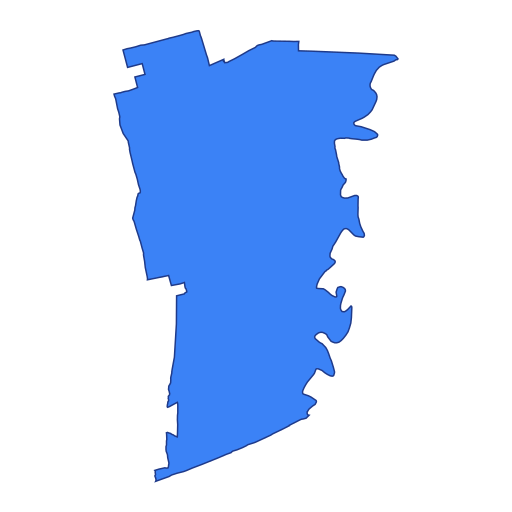 the district of Lunca Banului, Vaslui, Romania
{"feature_id": "2599482B76490763742626", "entity_name": "Lunca Banului", "entity_type": "district", "adm_level": 2, "iso_a3": "ROU", "parent_name": "Romania", "parent_adm1": "Vaslui", "projection": "albers", "projection_center": [28.188, 46.546], "detail": "fine", "context": "isolated", "style": "filled", "palette": "blue", "viewbox_px": 512, "rotation_deg": 0, "n_neighbors": 0, "source": "geoboundaries", "source_scale": "gbopen_adm2", "svg_char_len": 6028}
<svg xmlns="http://www.w3.org/2000/svg" viewBox="0 0 512 512"><path d="M309.1,415.2L308.2,415.0L307.6,414.6L307.2,413.8L307.1,411.9L307.5,411.5L308.6,409.6L309.3,408.8L312.6,406.0L315.1,404.4L316.3,402.1L316.4,401.3L316.1,400.5L311.1,397.1L308.5,395.8L303.7,394.2L303.0,393.8L302.6,393.1L302.6,391.4L302.8,390.6L304.1,387.6L305.7,384.7L307.4,382.0L313.6,374.5L314.5,373.1L315.9,369.3L316.5,368.8L318.2,368.8L322.1,370.5L324.6,372.6L327.2,374.3L330.2,375.8L331.8,376.1L332.6,376.1L333.2,375.9L333.7,375.4L334.5,372.8L334.5,371.7L333.4,367.4L331.4,360.9L330.1,358.0L328.7,353.8L327.4,350.5L325.8,347.6L322.1,343.7L320.6,343.0L319.3,342.2L315.4,338.8L315.1,338.4L314.7,337.5L314.7,336.7L315.0,335.9L316.0,334.7L318.6,332.8L320.6,332.3L322.0,332.3L322.9,332.5L325.3,333.6L326.7,334.6L327.8,337.0L331.1,341.3L332.8,342.1L334.8,342.8L336.7,342.8L338.9,342.2L341.1,340.6L343.2,338.5L345.9,335.1L348.0,331.8L349.4,328.0L350.8,323.1L351.4,317.8L351.8,308.3L351.8,307.0L351.4,306.2L351.0,306.0L347.7,309.5L345.4,311.3L344.5,311.7L343.4,311.7L342.0,311.5L341.0,310.1L340.6,309.2L340.4,308.2L340.5,305.3L340.9,303.3L342.6,297.7L343.9,295.0L345.4,291.2L345.4,290.2L345.2,289.5L344.6,288.5L343.1,287.4L341.3,286.7L340.2,286.7L337.8,287.5L337.1,289.0L336.1,292.1L336.7,295.6L336.7,296.6L336.5,296.8L335.7,297.0L334.7,296.8L332.0,295.5L330.4,294.3L328.3,292.3L325.1,289.8L323.4,288.8L318.2,288.5L316.6,288.2L316.5,287.2L316.8,285.4L317.2,283.9L319.4,278.9L325.0,271.5L326.2,270.8L326.5,270.2L328.1,269.3L330.5,267.2L334.3,263.7L335.0,262.7L335.2,261.7L335.0,260.9L333.6,259.6L331.9,259.0L331.2,258.4L330.1,257.0L329.9,256.0L330.1,253.3L332.1,248.9L332.8,246.3L335.6,242.1L340.7,232.9L341.7,231.4L343.4,229.4L344.3,228.8L345.5,228.6L346.5,228.6L347.7,229.1L348.9,229.9L353.8,234.9L355.4,236.0L356.2,236.2L358.8,236.7L363.2,237.2L363.7,236.8L364.1,236.2L364.4,235.5L364.3,234.5L364.1,233.3L363.0,231.5L360.8,226.8L359.7,223.5L358.9,219.3L358.1,216.9L357.9,214.6L358.1,207.6L358.0,206.0L358.1,199.1L358.3,197.3L358.1,196.4L357.3,195.8L356.7,195.5L354.7,195.5L347.7,198.0L344.5,198.1L342.5,197.5L341.2,196.7L340.5,194.9L340.6,190.5L340.8,189.6L342.1,187.3L343.1,185.0L345.4,182.4L345.7,181.6L346.0,180.5L346.1,179.0L344.6,178.4L343.7,177.2L342.8,175.9L342.2,174.6L341.3,173.2L340.1,170.8L339.9,170.0L339.5,168.6L339.5,166.9L338.7,163.4L338.7,162.7L336.7,156.4L336.6,155.1L335.5,149.6L335.0,148.5L334.9,147.6L335.0,146.6L334.4,143.2L334.5,140.9L335.0,140.1L336.1,139.2L337.5,138.7L340.3,138.2L344.6,138.3L345.9,137.9L349.0,138.1L349.7,138.4L351.9,138.7L357.2,139.2L359.9,139.6L361.8,140.1L367.3,140.1L371.3,139.2L374.6,137.9L376.3,137.4L377.2,136.6L377.7,135.0L377.4,134.2L375.2,132.2L374.0,131.4L370.0,129.6L361.1,126.7L356.1,125.8L355.1,125.5L354.1,124.4L353.8,123.4L353.8,122.7L354.6,121.7L355.9,121.0L362.1,118.3L364.1,117.2L367.9,114.6L370.5,111.9L372.1,109.8L376.0,101.5L376.7,99.5L376.9,97.7L377.0,96.6L376.6,94.6L375.8,93.0L374.4,91.3L373.5,90.4L372.0,89.7L371.3,89.1L370.5,87.6L370.1,86.3L370.0,84.8L370.3,83.2L371.2,81.5L373.4,76.0L374.3,74.0L376.4,70.3L379.3,67.1L382.1,65.3L383.9,64.5L394.0,61.1L395.8,59.8L397.4,59.6L398.0,58.9L395.9,56.2L394.3,55.2L358.6,53.1L312.2,51.2L298.5,50.8L298.4,44.7L298.8,41.4L293.7,41.5L289.5,41.3L275.1,41.1L272.8,41.0L271.8,40.7L261.6,44.4L259.0,44.9L257.4,45.5L256.5,46.2L255.4,47.4L248.7,50.7L242.7,54.2L234.5,58.8L229.2,61.4L227.6,62.4L224.7,62.7L224.2,61.1L223.6,61.4L223.3,60.6L223.8,60.4L223.8,59.3L209.4,65.6L207.5,57.7L206.5,55.0L201.6,38.7L200.9,36.7L200.4,35.6L199.3,31.4L198.9,30.8L198.4,30.7L196.6,30.9L193.8,31.5L191.9,32.2L186.0,33.5L183.3,34.5L179.4,35.6L173.0,37.3L168.9,38.2L168.5,38.5L166.4,39.0L144.4,44.9L140.7,45.2L135.7,46.8L130.3,48.1L127.1,48.7L123.0,50.0L127.6,67.4L142.2,63.6L145.0,74.4L134.9,77.0L137.6,87.5L133.5,89.1L128.5,90.9L125.1,91.4L122.1,92.2L120.5,92.8L119.2,92.9L114.0,94.1L114.6,96.3L115.4,98.1L115.7,98.9L117.6,108.7L118.8,112.3L119.7,116.2L119.8,117.0L119.5,118.9L120.0,125.0L123.2,133.5L128.2,140.9L128.3,142.2L129.6,148.0L129.5,149.2L130.1,152.6L132.0,160.5L132.7,163.7L135.0,172.3L135.8,174.1L137.3,179.2L138.5,184.7L140.1,189.5L140.3,190.8L140.3,192.1L140.1,192.8L139.0,193.2L138.3,193.6L138.1,194.0L137.6,196.4L137.1,197.1L136.3,200.7L135.5,205.9L135.0,207.5L134.8,210.1L132.7,218.0L132.8,218.7L133.2,219.8L134.1,221.4L136.3,229.1L138.7,236.4L139.8,240.2L140.3,241.1L142.1,248.0L143.5,252.7L143.6,253.2L143.5,254.5L143.6,255.6L144.6,261.3L145.3,267.6L147.2,276.5L147.5,278.6L147.4,279.8L168.6,275.5L171.4,285.5L180.1,283.9L184.4,282.5L185.0,286.9L185.4,288.2L186.0,288.8L186.6,290.7L186.8,291.9L185.0,292.9L184.3,293.9L176.6,295.8L176.4,324.1L174.4,357.2L172.2,369.1L171.8,371.9L171.8,373.0L170.9,376.9L170.7,378.2L170.8,379.8L170.6,383.0L170.2,383.5L169.8,384.6L169.1,385.4L168.7,386.7L168.7,387.7L168.5,389.3L169.4,392.1L169.4,392.7L169.7,393.3L169.5,394.9L168.3,396.3L168.4,397.5L168.2,398.4L168.5,399.2L168.6,400.2L168.4,401.3L167.9,401.8L167.8,402.4L167.8,403.0L167.3,405.2L167.3,406.1L167.2,406.5L167.4,407.1L167.6,407.3L169.4,406.6L177.3,402.3L177.5,402.8L177.8,404.8L177.8,411.0L177.8,412.9L177.5,415.3L177.4,419.8L177.7,424.6L177.5,433.1L177.3,436.9L177.2,437.0L176.8,436.7L174.7,435.9L173.1,434.8L171.9,434.4L171.1,433.9L170.9,433.6L169.9,433.2L168.9,433.0L167.5,432.4L166.4,432.8L166.6,434.1L166.8,439.4L166.5,441.0L166.5,445.0L166.0,446.6L166.0,449.6L166.2,451.3L167.2,453.9L167.5,455.1L167.7,457.6L168.9,462.9L168.9,463.6L168.7,464.3L168.4,466.9L167.9,468.0L166.1,468.1L164.9,467.8L159.0,469.1L154.8,470.4L155.3,471.0L155.2,472.4L155.5,474.3L155.5,474.8L154.9,475.8L155.1,476.8L155.6,477.6L155.7,478.4L156.0,479.2L155.9,480.9L155.7,481.3L169.1,476.5L171.6,475.0L177.1,473.2L183.5,471.6L186.3,470.6L192.4,468.0L201.9,464.4L218.5,457.7L226.4,454.3L230.6,452.8L231.1,452.6L231.7,451.9L232.8,451.1L237.1,449.8L242.5,447.6L246.4,445.7L247.8,444.7L253.9,442.8L255.5,442.2L270.8,435.1L272.6,433.9L283.2,428.8L289.4,425.6L289.3,425.3L299.7,420.0L301.5,419.2L303.1,419.0L306.1,418.2L309.1,415.2Z" fill="#3b82f6" stroke="#1e3a8a" stroke-width="1.5"/></svg>